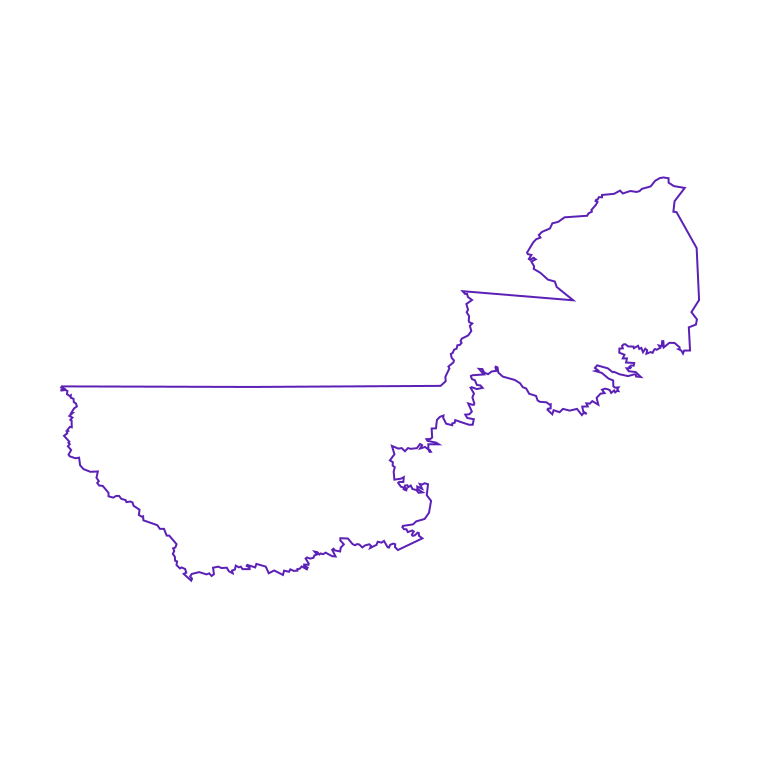 the district of Santo Antônio do Leverger, Mato Grosso, Brazil, rotated 85°
{"feature_id": "56859067B54775252646208", "entity_name": "Santo Antônio do Leverger", "entity_type": "district", "adm_level": 2, "iso_a3": "BRA", "parent_name": "Brazil", "parent_adm1": "Mato Grosso", "projection": "equal_earth", "projection_center": [-55.385, -16.535], "detail": "fine", "context": "isolated", "style": "outline", "palette": "violet", "viewbox_px": 768, "rotation_deg": 85, "n_neighbors": 0, "source": "geoboundaries", "source_scale": "gbopen_adm2", "svg_char_len": 6142}
<svg xmlns="http://www.w3.org/2000/svg" viewBox="0 0 768 768"><g transform="rotate(85 384 384)"><path d="M359.4,705.9L360.7,703.2L362.4,706.8L362.2,701.7L363.4,700.0L366.5,700.7L368.6,698.1L368.0,697.0L370.4,697.3L371.6,694.6L375.0,694.6L376.7,692.5L379.6,691.9L381.3,694.9L385.7,698.2L385.8,696.8L388.4,700.2L390.3,697.3L392.4,699.6L393.3,698.4L399.9,698.8L399.3,700.5L400.2,701.5L402.1,703.3L403.2,702.7L403.4,704.3L405.5,703.8L407.7,707.3L414.0,702.5L415.1,703.5L416.5,702.3L418.5,704.3L422.5,701.4L426.9,704.4L428.6,703.4L431.1,697.9L430.8,694.2L438.6,693.8L442.6,690.7L445.9,684.1L446.2,676.7L452.3,678.6L455.9,676.6L457.6,678.3L460.3,676.6L461.0,673.1L468.4,667.9L471.9,668.2L473.6,663.5L472.2,660.7L472.4,657.7L475.5,655.7L477.1,651.5L479.2,650.9L479.0,646.8L480.1,644.9L483.5,644.1L487.9,638.5L493.1,639.6L495.1,636.9L494.8,635.5L498.8,635.6L504.9,622.1L508.8,619.9L509.1,615.8L516.1,613.7L516.3,611.2L525.5,604.6L528.7,606.1L529.3,608.4L532.1,607.5L534.8,609.2L537.9,607.4L541.8,607.5L542.7,605.6L546.2,606.5L549.9,603.4L549.1,601.7L550.9,598.3L554.7,597.4L555.7,600.1L563.1,593.2L561.2,592.2L558.8,593.9L556.5,592.2L555.3,584.5L558.2,577.4L557.4,574.6L560.2,572.5L558.7,570.0L552.1,570.3L551.5,565.0L553.2,561.9L553.3,556.6L557.0,554.9L559.4,551.2L556.6,551.6L555.8,548.7L552.0,547.5L554.0,544.6L553.5,542.5L556.1,541.1L556.7,534.0L555.0,533.9L553.3,536.6L552.3,535.9L555.5,528.3L552.1,526.8L555.6,517.7L562.5,515.3L560.2,509.6L565.4,501.3L561.2,499.8L562.8,495.0L560.5,493.5L562.3,490.2L562.4,486.5L560.9,486.5L560.7,484.1L558.6,481.9L561.9,477.0L560.2,476.1L558.2,479.4L556.9,479.3L557.5,475.0L556.4,474.6L551.0,477.3L550.1,475.8L551.5,472.8L551.0,469.4L548.8,468.4L548.0,465.7L544.9,467.8L545.7,465.1L548.2,463.1L547.3,461.9L548.2,459.4L546.9,456.9L551.0,450.7L551.6,447.3L544.6,450.1L543.7,448.6L545.5,447.4L547.0,442.3L543.3,441.4L540.2,438.0L536.0,441.2L533.8,440.9L534.8,433.4L540.8,429.2L542.1,426.9L541.1,424.7L541.8,422.5L544.9,419.9L543.1,416.8L542.4,412.6L544.2,411.0L546.2,412.1L543.6,405.5L540.6,404.0L541.8,400.3L540.3,397.7L546.9,394.6L547.4,393.3L544.7,391.9L543.8,388.5L544.6,386.8L547.4,387.3L550.6,384.6L541.1,359.2L538.2,362.4L535.5,362.3L535.0,363.4L537.5,366.5L537.7,368.8L536.5,369.4L533.5,367.2L532.4,368.6L533.6,373.2L530.7,374.3L530.4,376.7L528.2,378.2L527.0,377.5L526.4,367.4L523.6,363.8L522.0,355.3L516.2,350.4L504.5,347.3L498.5,351.1L487.7,348.9L486.4,352.1L487.5,354.8L486.7,357.1L491.6,355.2L489.1,359.8L491.4,359.9L495.3,354.9L495.4,359.1L492.5,360.9L491.1,364.8L487.5,366.2L488.7,368.5L486.9,369.6L487.0,371.9L489.2,372.9L487.7,376.2L483.7,378.5L482.8,377.3L483.4,373.3L478.5,372.4L479.8,375.4L480.2,382.0L472.2,382.0L467.8,380.5L466.0,382.5L462.7,382.0L460.6,384.8L454.9,379.7L446.4,381.5L449.6,375.4L449.4,372.0L452.8,369.0L449.9,365.7L450.9,363.2L450.8,356.8L446.9,353.3L448.3,351.4L451.4,353.6L450.3,348.6L453.1,345.5L447.9,345.1L448.9,334.6L447.0,337.1L444.4,345.7L442.6,346.5L442.9,342.7L441.5,340.7L432.5,340.4L432.7,336.1L424.4,334.4L421.6,331.2L420.6,327.5L422.9,328.0L429.0,325.5L431.0,319.6L429.2,319.4L428.7,316.9L426.2,316.2L432.0,302.9L432.3,299.2L426.9,297.6L425.1,304.0L421.6,305.7L421.6,301.6L419.1,298.9L410.7,301.8L412.4,297.7L412.5,296.2L411.3,295.7L405.0,297.1L401.3,295.2L395.2,298.1L394.8,296.9L397.1,292.1L396.5,286.1L393.8,288.1L393.1,291.5L388.1,293.2L386.8,295.9L384.8,296.6L383.5,296.7L383.0,295.0L383.2,283.6L377.2,288.1L377.7,284.7L381.3,283.2L383.3,279.5L380.9,275.6L380.7,270.8L377.3,271.6L376.5,271.1L377.3,269.5L382.6,269.1L387.0,265.0L391.4,253.3L395.2,248.3L399.2,246.1L400.8,242.8L406.4,240.2L409.1,233.6L413.8,232.4L415.3,230.3L416.4,223.7L419.0,220.8L418.7,219.7L422.8,220.1L422.9,222.9L423.9,223.4L428.8,219.0L424.9,217.3L427.4,211.5L424.4,207.9L426.7,201.3L425.6,193.9L432.2,189.6L430.2,187.6L431.4,184.6L428.7,187.9L423.8,188.5L424.1,183.0L420.9,184.1L421.5,180.7L419.2,178.0L423.3,172.3L416.3,173.4L412.5,169.1L412.3,165.1L408.7,167.3L407.9,164.2L408.7,161.7L409.7,159.7L412.7,158.5L410.5,155.3L412.5,154.4L411.2,152.5L411.5,151.1L409.3,152.0L407.8,150.7L407.8,154.0L406.4,155.7L400.4,155.4L398.2,159.8L391.9,166.1L389.5,172.4L389.0,169.7L386.4,172.5L384.0,170.0L387.9,159.7L392.2,155.1L392.0,153.6L394.8,148.6L397.4,140.2L396.2,133.9L396.7,132.3L398.5,132.2L399.4,127.5L394.0,132.3L392.6,139.1L389.5,140.9L389.8,137.6L389.2,136.8L388.2,137.9L387.1,136.2L387.5,133.7L384.9,132.9L383.7,141.0L379.7,139.8L379.3,143.9L375.8,141.9L373.3,146.9L369.2,146.4L369.3,143.0L366.7,143.5L365.4,141.8L365.4,140.1L367.8,137.6L368.5,132.2L370.1,132.0L368.1,127.6L371.3,126.6L370.5,124.5L374.9,123.2L371.6,120.6L373.3,118.9L376.7,119.9L375.4,115.6L376.4,113.7L373.5,112.0L372.8,110.8L373.7,109.4L372.0,105.5L369.6,106.8L370.5,103.9L365.6,103.2L365.6,102.0L371.9,102.1L367.9,96.2L368.4,91.0L373.1,86.4L374.8,86.3L375.0,87.5L376.6,84.9L379.7,83.5L376.9,82.1L377.3,76.2L354.1,75.4L352.0,68.1L346.9,66.6L339.2,71.5L327.8,62.8L275.8,60.7L238.3,77.6L237.6,80.7L227.2,78.6L214.9,67.3L212.1,78.0L208.3,82.9L203.8,82.6L202.6,87.7L202.9,91.3L205.2,96.2L210.4,101.1L212.1,110.1L214.1,112.6L214.7,115.6L213.2,121.8L215.0,129.5L211.9,132.0L214.6,138.2L214.7,150.4L217.0,150.5L216.6,153.7L219.0,155.2L218.9,156.5L220.1,157.3L221.3,155.5L223.9,157.2L228.7,162.2L230.4,161.9L231.9,165.5L234.1,166.9L233.7,189.6L237.7,196.4L238.6,202.3L243.5,205.1L246.2,213.3L249.1,216.8L251.8,215.4L253.0,219.7L255.8,222.9L265.5,230.0L267.1,229.5L268.3,225.9L272.1,228.8L273.0,227.7L271.3,224.0L273.0,222.0L274.9,226.5L279.8,224.2L282.4,224.8L286.8,218.6L294.3,211.6L296.8,204.9L302.4,203.5L317.1,188.2L298.4,297.6L301.3,295.4L301.5,293.3L304.6,292.9L308.0,289.0L311.5,295.0L317.4,293.8L319.7,295.4L323.9,293.3L328.2,294.1L329.9,293.7L331.4,290.8L333.5,293.4L338.8,292.4L342.9,295.8L345.6,302.6L347.9,304.0L349.8,303.1L351.7,305.1L351.8,307.5L355.1,308.6L356.0,311.3L358.9,312.7L359.9,314.8L363.9,314.3L366.5,312.3L368.6,313.0L372.2,318.3L374.2,317.5L382.1,322.2L386.6,322.3L390.8,327.8L375.4,516.2L358.3,705.2L359.4,705.9ZM489.2,372.9L489.9,370.3L491.9,371.1L490.6,373.6L489.2,372.9ZM453.1,345.5L455.6,344.5L455.6,343.2L453.7,344.2L453.1,345.5Z" fill="none" stroke="#5b21b6" stroke-width="2"/></g></svg>